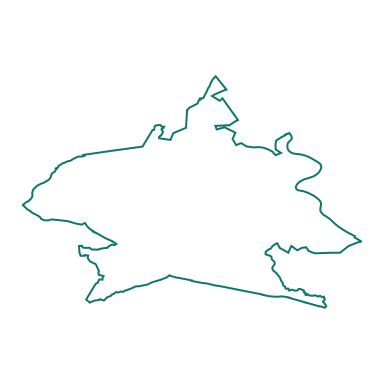 outline of Līvbērzes pag., Jelgava, Latvia
{"feature_id": "27541924B18412094384348", "entity_name": "Līvbērzes pag.", "entity_type": "district", "adm_level": 2, "iso_a3": "LVA", "parent_name": "Latvia", "parent_adm1": "Jelgava", "projection": "equal_earth", "projection_center": [23.561, 56.717], "detail": "fine", "context": "isolated", "style": "outline", "palette": "teal", "viewbox_px": 384, "rotation_deg": 0, "n_neighbors": 0, "source": "geoboundaries", "source_scale": "gbopen_adm2", "svg_char_len": 5893}
<svg xmlns="http://www.w3.org/2000/svg" viewBox="0 0 384 384"><path d="M24.3,206.5L27.4,209.4L29.9,210.9L30.0,210.8L30.8,211.4L32.3,212.9L36.0,214.6L38.9,216.3L40.4,217.5L40.9,218.7L44.1,220.3L48.8,220.3L51.4,219.4L59.5,220.2L67.4,221.1L76.8,223.8L81.8,224.6L83.6,223.6L85.0,223.0L86.9,225.9L88.1,227.3L89.8,228.9L91.7,230.2L93.2,231.1L92.8,231.4L94.9,232.7L95.3,232.4L105.6,238.3L111.6,240.9L111.5,241.0L114.3,242.5L116.3,243.9L114.5,245.1L113.7,245.1L112.5,244.5L111.9,244.5L111.0,245.2L109.7,245.6L109.2,246.3L108.3,246.6L107.9,247.0L107.7,247.4L107.4,247.8L103.6,248.2L99.9,248.9L98.5,249.5L97.3,249.7L94.4,249.5L92.0,249.5L91.3,249.2L90.6,248.6L90.2,248.2L89.6,247.9L88.2,247.8L85.6,247.9L83.1,247.6L82.3,247.0L81.9,245.9L81.7,245.7L81.2,245.7L80.4,246.0L79.8,246.0L79.0,246.0L79.5,252.9L79.9,253.6L80.6,255.8L84.6,255.8L84.6,255.3L84.7,255.1L88.2,255.5L87.7,257.6L88.4,259.3L88.9,259.9L89.6,260.9L90.1,261.4L94.0,263.4L95.5,264.0L95.9,264.4L98.8,270.8L98.9,271.3L98.4,272.7L98.7,274.7L103.4,276.1L102.9,276.6L102.4,279.7L99.3,279.4L97.6,282.9L95.7,283.8L86.2,299.5L89.8,302.6L94.1,300.7L99.0,300.0L99.9,299.2L103.9,300.5L105.8,298.8L106.7,297.6L110.9,295.8L112.3,294.3L113.8,293.8L115.1,292.7L115.8,292.2L116.4,292.1L117.3,292.5L117.9,292.5L119.8,292.0L120.4,291.6L121.1,291.5L123.2,291.8L123.5,291.7L123.9,291.5L124.4,291.0L125.6,290.3L127.0,290.2L127.4,290.1L128.0,289.6L130.7,288.7L136.0,286.3L138.7,286.3L147.3,284.6L152.3,282.2L160.3,279.9L166.7,277.4L169.4,275.3L169.7,275.7L176.6,277.6L179.8,278.1L191.7,280.4L191.5,280.9L202.2,283.0L206.2,283.4L209.7,284.1L214.7,285.4L220.8,286.3L239.4,290.0L261.9,294.4L261.8,294.6L265.6,295.5L269.0,296.2L272.0,296.5L278.4,296.8L279.7,296.5L281.7,296.4L285.5,296.8L287.2,297.3L287.3,297.1L289.3,297.6L289.1,297.8L304.4,302.1L304.3,302.3L306.3,302.8L306.3,302.7L319.5,306.4L319.7,306.2L324.9,307.7L326.2,306.4L326.0,305.4L324.5,303.4L324.3,303.4L323.7,302.4L323.0,301.9L323.0,301.5L324.8,299.6L324.8,299.4L323.9,296.7L323.7,296.6L323.2,297.1L322.9,297.3L322.5,297.3L321.8,297.0L320.4,296.0L319.2,295.9L318.8,296.5L318.5,296.5L317.3,296.3L315.5,295.4L314.8,295.2L313.1,295.8L311.5,295.7L308.8,295.3L308.5,295.1L308.0,294.3L307.8,294.2L307.2,294.5L306.9,294.8L306.4,295.1L305.7,295.1L305.3,294.6L305.4,294.1L305.8,293.4L305.8,293.1L305.5,292.9L304.7,292.8L303.7,292.2L303.7,291.9L304.1,291.3L304.2,290.9L304.1,290.7L303.4,290.3L302.2,289.9L301.4,289.4L300.1,288.8L298.7,289.0L298.7,289.4L298.4,289.8L297.9,290.0L297.2,290.4L296.4,290.7L294.1,290.5L292.4,289.7L290.9,289.9L290.0,290.5L289.3,290.6L289.0,290.5L288.7,290.2L288.6,288.9L288.4,288.6L287.8,288.6L286.2,288.8L285.5,288.4L285.3,287.0L285.1,287.1L285.0,286.8L283.3,285.4L282.8,284.4L282.9,283.4L282.7,282.8L281.2,281.0L280.0,277.7L279.6,277.1L278.2,275.5L276.1,272.8L273.8,271.1L273.0,270.2L272.6,269.6L272.3,268.2L272.4,267.6L272.6,267.0L274.4,264.7L274.6,263.9L274.7,263.1L274.6,262.4L274.3,261.7L271.9,259.4L271.6,258.4L271.6,257.4L271.4,256.8L270.7,256.1L266.9,254.7L265.7,254.4L265.5,252.5L266.8,250.7L268.8,249.4L270.9,248.5L272.5,246.0L276.8,243.2L277.5,243.7L279.7,247.9L288.3,252.7L291.3,246.0L293.6,247.5L297.2,250.3L301.8,247.9L306.0,247.2L306.4,248.0L307.2,248.5L308.2,250.6L311.7,252.2L314.5,253.2L316.6,253.3L328.6,252.8L340.1,252.7L348.6,246.0L358.8,242.0L360.3,241.9L361.0,241.6L360.9,241.2L360.3,240.8L354.8,237.6L354.5,237.2L354.9,236.1L354.1,235.8L347.5,232.4L344.2,230.4L337.8,226.2L334.9,223.7L330.4,219.5L329.2,218.5L323.7,214.9L322.1,213.5L321.4,212.6L320.8,211.7L320.4,210.8L320.3,209.6L320.7,206.6L321.0,204.7L321.1,203.6L321.0,203.0L320.5,201.8L320.0,201.0L318.7,199.5L316.4,197.6L313.0,195.3L308.1,192.9L303.7,191.3L302.4,191.0L298.3,190.3L297.1,189.6L296.4,189.0L296.0,188.1L295.8,187.2L296.5,185.2L298.3,182.9L299.8,181.7L301.5,180.7L303.5,179.7L304.6,179.2L307.1,178.5L313.2,176.5L315.1,175.4L317.2,174.0L319.2,171.9L320.5,169.8L321.0,168.4L321.2,167.7L321.2,166.2L320.6,164.7L320.2,164.1L318.9,162.8L311.7,158.5L308.7,156.9L304.7,155.4L302.0,154.7L300.5,154.4L294.4,153.7L292.6,153.2L290.1,152.0L289.1,151.0L288.1,149.7L287.5,148.1L287.4,147.0L287.4,145.3L287.6,144.0L288.0,143.1L288.5,142.2L290.5,140.3L291.7,138.8L291.8,138.1L291.8,137.3L291.2,135.8L289.5,133.1L287.8,133.9L287.1,133.6L286.6,134.2L285.9,134.4L286.2,134.6L285.4,135.2L281.2,137.3L278.9,138.9L277.6,139.4L277.0,140.0L276.2,140.9L276.0,141.5L275.7,143.1L275.5,145.3L275.7,149.5L281.0,152.9L275.7,155.2L273.2,152.7L273.2,152.3L272.1,151.4L267.4,149.1L263.5,147.7L258.7,147.1L253.7,147.4L246.7,146.5L241.2,143.1L236.1,145.1L232.6,139.0L235.4,132.7L224.6,127.3L216.7,129.4L215.4,125.9L228.5,125.2L229.0,125.5L234.6,121.8L238.0,120.1L222.4,98.3L220.4,100.3L219.5,100.7L212.1,96.0L214.6,94.5L223.5,90.6L226.4,89.6L215.7,76.3L213.4,78.6L212.2,80.3L210.6,83.4L210.1,84.6L209.8,85.6L209.3,86.7L208.5,87.6L207.0,90.7L206.4,92.2L204.8,95.0L203.3,98.1L200.0,98.5L200.5,99.6L199.2,99.7L198.6,100.7L198.6,101.3L198.2,101.8L197.5,103.6L189.3,107.8L187.6,109.9L187.4,110.1L187.1,110.1L186.0,127.8L173.3,133.2L170.5,139.9L159.2,138.3L159.0,137.4L159.1,136.8L159.5,136.4L160.4,135.9L161.3,135.1L162.0,133.9L162.8,132.2L162.9,131.6L162.8,131.3L162.4,130.7L161.5,129.6L161.5,129.3L161.8,128.7L163.5,127.9L163.9,127.4L164.1,126.7L162.8,126.7L161.7,126.4L161.1,126.0L160.8,125.4L160.3,125.0L156.3,125.3L154.9,126.0L154.0,129.9L152.5,130.1L142.5,146.6L111.6,150.8L83.4,154.9L84.2,155.9L83.0,156.2L82.5,156.5L79.3,156.5L78.2,156.7L76.9,157.1L73.7,158.7L70.5,160.7L69.1,161.1L67.8,161.2L64.7,162.7L62.6,163.3L59.4,165.5L58.7,165.7L58.2,166.3L58.2,167.2L57.2,168.2L56.4,168.0L55.6,168.5L55.6,169.0L56.1,169.4L55.8,169.7L55.2,171.1L54.6,171.8L52.8,172.8L52.1,173.4L50.9,175.9L50.7,177.5L49.0,179.5L47.2,180.8L43.7,182.8L40.8,183.8L37.1,185.8L33.4,189.3L32.2,192.7L32.4,194.8L32.3,196.5L31.3,198.4L28.3,201.3L26.6,201.9L23.4,204.5L23.5,204.8L23.0,205.1L24.3,206.5Z" fill="none" stroke="#0f766e" stroke-width="2"/></svg>